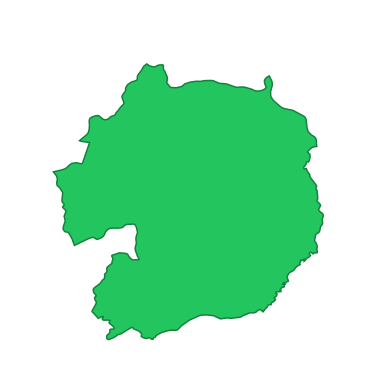 the State of Guárico, rotated 253°
{"feature_id": "VEN-45", "entity_name": "Guárico", "entity_type": "State", "adm_level": 1, "iso_a3": "VEN", "parent_name": "Venezuela", "parent_adm1": "", "projection": "equal_earth", "projection_center": [-66.651, 8.828], "detail": "fine", "context": "isolated", "style": "filled", "palette": "green", "viewbox_px": 384, "rotation_deg": 253, "n_neighbors": 0, "source": "natural_earth", "source_scale": "10m", "svg_char_len": 5860}
<svg xmlns="http://www.w3.org/2000/svg" viewBox="0 0 384 384"><g transform="rotate(253 192 192)"><path d="M251.8,65.3L251.2,74.3L251.3,77.4L251.8,79.1L253.6,82.6L254.5,85.5L254.0,89.0L253.6,90.5L251.7,93.5L251.4,94.3L251.4,95.0L251.5,95.4L252.0,96.0L269.2,108.5L273.0,100.5L274.0,99.4L277.7,108.2L278.5,109.4L279.1,110.1L280.7,111.2L282.3,112.1L286.4,113.6L289.5,114.3L290.9,114.9L291.8,115.5L292.4,116.3L292.9,117.9L293.1,121.8L292.8,123.7L292.4,124.7L291.8,125.5L287.6,128.2L286.3,130.2L286.3,132.8L286.7,134.1L287.8,136.2L287.9,136.8L288.0,139.9L288.5,141.3L290.3,142.9L290.9,144.2L291.6,145.5L292.9,146.9L294.0,148.5L295.6,151.4L296.3,152.4L297.6,153.0L303.0,152.7L304.0,153.0L305.4,154.2L307.6,157.4L308.3,158.0L310.7,158.9L312.0,160.0L313.1,161.4L313.6,162.2L314.7,165.4L314.9,167.0L314.9,170.3L315.1,171.5L315.3,172.1L315.7,172.5L318.6,173.6L319.7,174.5L323.8,180.0L326.0,182.1L326.5,182.9L327.7,186.2L325.4,188.0L324.0,189.8L323.0,191.7L322.5,193.6L323.1,195.8L323.0,198.0L322.4,200.4L322.0,201.3L321.5,201.7L319.2,200.9L317.6,200.6L316.5,200.8L315.3,201.3L309.4,201.9L306.8,201.4L304.1,199.9L303.5,199.9L302.9,200.0L301.3,200.9L299.2,201.5L298.3,202.3L297.7,203.5L296.3,207.4L295.9,212.3L296.1,213.5L297.4,216.4L297.5,217.0L297.6,222.4L296.6,228.8L295.6,231.5L295.3,232.7L294.8,236.8L292.9,243.5L292.1,245.0L288.4,249.3L287.8,250.3L285.7,255.7L284.9,257.1L279.6,264.3L278.6,266.6L278.3,268.7L277.2,272.4L273.2,278.7L271.3,280.8L270.1,282.4L269.4,284.2L268.9,286.0L268.8,288.9L268.9,290.2L269.3,292.0L269.8,292.9L270.5,293.4L271.0,293.5L273.7,293.3L275.9,293.4L277.7,294.0L278.7,295.1L279.6,296.5L280.5,299.8L275.2,300.7L272.9,300.7L270.7,300.1L264.9,296.4L260.3,295.3L256.1,296.4L247.8,301.5L246.0,303.0L244.5,305.1L240.5,312.5L231.7,321.2L230.0,322.1L228.0,322.3L219.8,320.8L215.7,320.7L212.0,322.6L208.6,325.5L206.9,326.1L204.5,325.9L200.0,324.7L199.0,324.7L199.5,322.3L199.5,320.3L199.0,318.5L197.1,314.9L196.4,314.2L193.6,315.8L191.0,315.2L188.4,313.7L186.6,312.1L187.3,310.8L186.8,310.1L184.9,308.9L183.2,306.3L182.5,305.8L181.5,305.9L181.0,306.4L181.1,307.6L180.9,308.2L180.4,308.3L178.6,308.2L175.1,309.4L174.5,309.8L173.1,309.3L171.1,309.5L162.6,312.7L160.8,312.8L160.4,312.5L159.4,311.5L158.8,311.3L157.1,312.1L148.7,310.3L147.7,309.2L147.1,308.9L145.2,309.6L143.4,310.7L141.6,311.1L138.2,307.9L136.4,308.3L133.3,310.5L131.3,310.8L129.7,309.9L128.1,308.7L124.0,307.8L122.8,306.9L121.9,305.6L120.6,304.4L117.5,302.8L116.1,301.3L115.5,298.6L114.7,297.6L109.8,295.1L108.8,295.0L106.7,295.9L103.8,295.9L102.7,295.7L100.6,294.4L98.8,294.6L97.9,294.4L97.2,293.5L98.1,291.6L97.4,289.7L99.5,288.3L99.7,287.2L98.3,285.9L96.7,286.8L95.8,285.6L94.9,282.0L93.2,279.8L93.0,278.9L94.9,279.6L94.9,278.9L94.4,277.6L94.5,276.8L94.9,275.8L93.7,275.4L92.0,274.0L90.9,274.2L90.6,272.1L89.8,269.8L88.7,268.0L87.8,267.3L87.3,266.2L86.3,261.5L83.7,258.4L83.1,258.0L78.7,258.2L78.4,257.7L78.2,253.7L78.1,252.7L77.7,251.9L77.2,251.9L77.1,252.6L76.6,254.2L75.9,252.9L74.6,252.6L74.3,252.3L74.4,250.3L74.3,249.6L73.4,249.0L72.8,248.3L72.9,248.0L72.4,247.8L72.2,247.5L71.9,247.4L71.4,248.0L70.8,248.0L71.1,246.4L71.8,243.7L71.4,242.7L71.0,242.6L69.8,243.5L69.1,243.4L67.5,241.9L67.1,240.0L66.8,239.6L66.3,239.6L65.2,240.4L64.6,240.3L64.0,239.6L63.0,237.1L62.7,235.6L62.4,235.3L61.4,234.9L61.1,234.5L61.7,232.2L61.5,231.5L59.7,229.9L58.9,228.2L56.3,224.4L57.3,225.1L58.0,223.9L59.3,223.3L59.7,222.5L59.8,221.8L59.6,220.8L59.3,219.8L58.6,218.7L58.3,217.5L58.4,215.5L59.5,212.0L59.5,211.4L59.1,208.4L59.0,205.2L58.2,202.2L58.3,200.7L60.0,191.5L61.3,189.1L62.2,182.9L62.5,182.1L63.1,181.1L64.5,179.9L65.6,178.3L66.7,177.5L67.5,176.2L69.9,170.7L70.7,168.3L71.6,164.3L71.6,162.9L70.2,152.0L67.2,143.0L64.3,137.6L64.5,135.7L65.8,132.2L66.2,129.9L66.5,126.7L66.5,121.9L66.2,120.0L65.2,115.8L64.0,114.6L63.5,112.3L62.5,111.6L62.6,111.1L63.2,110.2L65.2,108.6L65.4,108.1L65.1,106.2L65.3,105.4L65.7,104.6L66.6,103.2L68.0,101.7L68.7,101.2L70.7,102.2L72.2,102.0L74.9,100.2L78.2,96.1L79.9,95.7L80.0,94.6L79.8,92.7L77.1,82.7L77.2,79.5L76.2,76.7L75.7,74.5L75.1,69.3L75.6,68.5L76.3,67.9L77.5,67.7L79.2,68.4L79.9,69.0L80.7,70.9L81.6,72.1L82.3,72.7L83.9,73.0L84.2,73.2L84.5,73.6L84.6,74.0L83.9,76.7L84.0,77.2L84.7,77.8L86.2,77.5L88.8,75.9L90.7,74.5L91.5,74.6L92.7,75.9L93.2,75.8L93.7,75.1L94.4,73.1L95.1,70.5L95.7,69.4L96.5,69.1L97.1,69.1L97.5,69.4L98.2,70.6L98.6,70.7L98.9,70.6L99.2,69.2L98.5,65.5L104.5,62.7L106.1,61.7L107.3,61.5L112.9,67.2L114.6,68.4L116.9,67.8L119.2,67.8L119.6,68.1L120.6,70.0L121.0,70.1L123.1,69.3L124.2,68.7L125.4,68.6L127.9,69.1L129.0,70.7L131.2,76.9L131.8,77.9L133.9,80.6L134.1,81.0L134.5,82.6L136.9,83.9L138.8,84.3L139.2,84.7L139.9,86.3L140.8,87.3L141.8,87.7L144.2,88.2L145.2,89.6L147.3,94.7L148.7,95.1L151.0,96.8L151.6,96.9L154.2,96.5L154.8,96.9L155.0,98.3L154.9,100.6L155.1,103.9L155.0,104.5L154.9,105.1L153.3,109.3L152.4,111.1L151.4,112.2L148.6,112.9L146.8,113.6L144.6,115.2L144.2,116.2L142.9,120.8L143.2,121.6L143.8,121.7L146.2,121.1L152.9,120.8L154.7,121.1L155.6,121.5L158.9,123.6L159.7,123.9L162.9,124.5L164.5,125.0L166.1,125.8L169.2,128.1L174.5,128.5L176.2,128.3L177.6,127.7L178.0,127.3L178.5,126.5L179.9,120.7L180.0,119.5L180.0,118.5L179.5,117.3L178.8,116.2L178.4,114.8L178.6,113.2L179.1,110.5L180.5,106.1L181.1,103.8L181.2,102.5L181.0,101.2L180.2,99.4L178.8,97.4L176.7,95.6L175.5,94.1L175.0,92.9L174.7,91.4L174.4,89.0L174.5,87.6L174.9,86.6L176.4,85.6L177.1,84.9L177.5,84.0L177.8,82.7L177.7,79.7L175.3,63.9L182.4,63.6L188.9,62.1L189.9,61.2L190.9,59.4L191.4,58.8L193.7,57.9L195.5,58.3L197.2,59.3L201.0,62.1L201.6,62.3L206.0,62.6L207.0,63.2L209.0,64.9L210.6,65.9L211.9,65.6L214.3,64.2L215.4,63.8L216.3,64.7L216.7,65.7L217.2,66.0L217.8,66.0L220.0,65.1L221.3,65.0L222.6,65.4L228.9,68.1L229.9,68.0L233.8,67.0L235.8,66.1L237.3,65.0L239.0,65.0L240.9,65.5L243.2,66.9L246.0,67.2L247.7,66.9L251.8,65.3Z" fill="#22c55e" stroke="#15803d" stroke-width="1.5"/></g></svg>